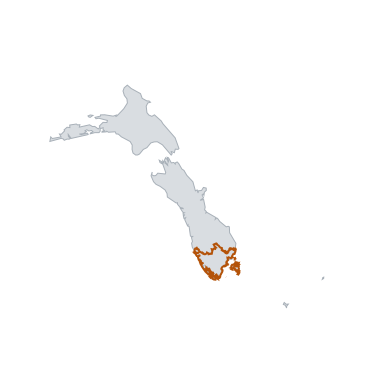 location of Southland District, Southland, New Zealand, rotated 287°
{"feature_id": "76426892B99609638104575", "entity_name": "Southland District", "entity_type": "district", "adm_level": 2, "iso_a3": "NZL", "parent_name": "New Zealand", "parent_adm1": "Southland", "projection": "equal_earth", "projection_center": [167.626, -45.773], "detail": "fine", "context": "in_parent", "style": "outline", "palette": "amber", "viewbox_px": 384, "rotation_deg": 287, "n_neighbors": 0, "source": "geoboundaries", "source_scale": "gbopen_adm2", "svg_char_len": 9348}
<svg xmlns="http://www.w3.org/2000/svg" viewBox="0 0 384 384"><g transform="rotate(287 192 192)"><path d="M201.4,161.1L202.9,161.2L209.7,156.2L212.5,155.1L213.2,154.9L211.7,156.5L212.0,157.6L210.3,161.0L211.6,160.4L212.5,158.1L213.4,157.6L213.1,156.2L217.0,156.7L215.6,159.1L213.5,160.5L214.8,160.6L217.9,158.1L217.8,159.6L213.8,163.7L214.9,166.0L213.8,167.8L215.0,167.6L216.4,169.0L215.4,170.9L211.0,175.6L210.3,178.0L206.4,182.2L202.0,189.9L194.1,194.9L195.5,196.3L192.8,198.1L195.0,197.8L196.3,200.7L199.7,201.6L199.9,204.4L197.7,205.2L195.5,203.9L192.3,204.4L193.4,203.3L192.1,202.5L189.7,204.8L186.4,202.1L188.2,205.3L181.4,209.0L178.6,209.3L177.6,211.3L176.0,211.4L176.9,212.1L174.6,222.2L172.7,222.2L174.4,223.3L174.1,224.3L171.9,227.2L168.7,234.9L169.8,236.6L169.6,237.9L164.0,239.9L155.7,249.0L148.3,250.3L144.2,249.2L139.3,249.9L138.5,247.3L136.9,245.9L132.5,246.0L130.5,243.2L128.7,242.4L126.6,244.0L119.8,243.7L118.5,243.3L118.3,242.2L120.9,239.3L118.5,240.9L117.5,240.7L118.5,239.4L118.3,238.2L115.5,239.4L115.7,236.9L121.9,235.3L119.5,235.1L119.3,234.2L121.8,232.4L118.5,232.6L119.1,230.4L120.9,230.3L120.2,228.7L123.9,230.4L123.4,228.9L124.8,228.4L122.3,227.3L122.2,225.7L123.5,224.5L125.2,225.0L124.0,223.6L127.1,220.8L127.8,222.9L128.0,219.8L131.9,216.9L133.4,218.1L132.8,215.4L139.3,208.4L142.9,206.6L144.9,206.9L148.3,204.8L149.7,205.6L149.2,204.0L149.6,203.3L158.2,199.3L158.2,198.0L159.2,197.8L158.5,197.5L163.5,193.1L165.5,193.4L164.3,192.1L166.3,190.9L168.3,191.8L167.2,190.5L169.0,189.7L169.9,190.8L170.0,189.1L173.0,185.6L173.5,188.4L173.9,188.0L173.8,185.2L175.9,181.9L177.5,181.2L176.8,180.2L180.0,169.9L183.2,168.6L186.1,165.6L188.1,159.8L188.8,155.4L190.6,152.2L195.5,148.1L199.5,148.1L196.7,148.5L196.3,150.7L197.1,152.5L200.0,153.8L201.4,161.1ZM202.3,42.7L206.4,50.7L208.7,48.3L209.0,50.1L213.2,52.3L214.0,51.5L217.4,53.6L217.9,56.4L220.3,55.5L223.2,61.5L222.7,63.0L223.6,65.1L221.1,65.3L226.3,74.4L225.5,77.7L226.3,79.8L224.9,83.9L227.1,85.1L228.0,84.1L232.6,86.6L233.6,90.3L235.7,90.2L235.3,81.2L234.0,78.8L235.0,77.4L237.8,82.2L239.0,82.0L240.3,85.9L241.5,94.4L243.3,97.0L242.3,96.6L242.0,97.3L243.0,98.1L251.6,102.4L258.2,104.2L262.1,102.5L264.5,99.1L268.4,96.5L271.9,96.7L275.3,98.9L273.2,103.6L271.0,114.0L267.0,117.0L265.9,122.2L266.5,124.3L265.7,126.0L264.2,123.7L260.7,123.1L254.7,125.7L253.0,128.2L252.6,131.5L254.8,133.5L250.9,141.9L248.8,144.2L238.9,160.0L229.8,166.8L228.7,166.2L228.1,163.5L224.4,163.6L224.7,160.5L224.3,160.2L222.8,161.9L221.2,161.3L228.5,149.9L229.9,144.1L228.8,141.1L226.9,138.3L221.2,135.9L218.5,133.0L213.0,130.7L211.5,129.2L210.9,127.3L212.0,124.2L215.1,122.3L219.4,121.1L222.2,118.1L224.1,108.3L225.8,104.7L225.4,102.5L227.1,100.9L224.7,94.6L225.2,92.7L224.4,92.4L222.9,88.4L223.9,88.3L224.9,90.5L225.9,88.6L227.5,88.2L225.7,85.7L223.2,86.4L221.6,85.7L220.4,81.8L217.9,77.7L218.7,77.6L220.7,79.6L221.5,78.0L220.2,75.6L220.8,73.2L219.2,71.8L218.9,73.4L216.1,71.1L214.5,67.3L214.5,69.3L217.7,74.8L216.8,75.9L216.2,75.3L207.9,60.8L210.9,56.8L209.1,57.5L207.5,60.0L206.6,59.0L206.1,57.1L204.1,54.7L205.1,53.3L205.1,51.3L198.8,41.3L203.4,40.8L202.3,42.7ZM134.0,251.3L136.3,254.7L135.0,254.4L135.0,255.2L137.5,255.9L137.5,257.4L128.5,260.4L132.0,254.7L131.8,251.4L134.0,251.3ZM112.2,314.9L113.0,316.9L110.2,315.9L108.7,316.4L110.9,314.4L111.2,312.2L113.3,312.5L112.2,314.9ZM235.9,72.1L236.3,74.9L233.6,72.8L233.6,71.3L234.3,70.3L235.9,72.1ZM212.1,154.0L210.3,155.0L210.8,152.8L212.8,151.4L212.1,154.0ZM118.7,234.4L118.5,235.6L116.0,235.1L117.9,233.7L118.7,234.4ZM148.4,342.1L149.1,342.9L147.8,343.2L146.5,342.1L148.4,342.1ZM121.6,226.6L122.2,228.6L120.5,227.6L121.6,226.6Z" fill="#d9dde1" stroke="#a8b0b8" stroke-width="1"/><path d="M135.3,211.3L136.1,211.9L135.7,212.6L134.5,212.5L134.8,213.4L135.3,213.9L135.6,215.7L135.3,215.5L134.6,212.7L134.4,213.3L133.7,213.5L132.2,215.3L132.3,217.0L133.5,217.4L133.7,218.4L133.0,217.4L132.1,217.1L131.8,216.5L131.4,216.7L129.9,217.7L130.3,218.4L129.7,218.0L129.0,218.4L129.0,219.0L129.7,219.5L129.9,220.0L129.4,219.3L128.6,219.2L128.1,219.5L128.8,220.4L128.2,221.2L128.6,221.7L128.1,221.1L128.7,220.3L128.1,219.9L127.5,219.9L126.4,220.7L127.0,222.5L126.7,222.5L127.5,223.4L127.1,223.2L126.7,223.6L127.0,223.0L126.4,222.7L126.6,222.1L126.0,221.1L125.3,221.5L124.7,222.3L124.9,222.4L123.7,223.2L121.5,225.9L121.8,226.4L121.5,226.8L122.0,228.2L124.0,227.7L123.7,228.2L124.3,228.9L123.4,228.3L122.0,228.8L123.3,230.0L123.7,230.9L123.4,231.2L122.6,232.0L123.3,230.7L122.3,229.5L122.1,230.5L120.8,230.6L122.1,230.2L121.9,229.7L122.2,229.4L121.5,228.9L120.6,229.3L121.2,228.9L119.9,228.2L119.3,229.0L118.2,231.4L118.2,231.6L118.5,231.8L118.4,231.9L117.9,231.9L117.7,233.1L118.6,233.1L120.2,232.6L120.2,232.2L122.1,231.6L120.4,232.6L121.8,232.7L121.7,232.9L120.2,232.7L118.5,233.4L118.5,234.5L121.5,233.6L121.1,234.0L118.7,234.6L118.5,235.6L119.7,235.2L121.1,235.5L121.3,235.0L121.2,235.4L121.7,235.4L120.4,235.7L119.8,236.2L120.1,236.2L120.1,236.3L119.1,236.1L116.5,237.0L116.8,236.7L115.0,237.0L114.7,238.5L115.0,240.0L116.8,239.5L117.9,237.9L118.2,237.7L117.5,239.2L119.0,239.1L119.0,239.5L117.1,239.8L117.0,240.9L116.7,240.6L116.5,241.5L117.0,241.0L117.4,241.4L117.8,240.9L118.0,241.1L117.9,240.9L118.5,240.3L118.1,240.9L118.3,241.3L118.6,240.7L118.6,241.0L119.0,240.9L118.6,240.3L119.1,239.7L120.0,239.5L120.9,238.8L120.1,239.7L119.1,240.0L119.2,240.8L118.6,241.1L118.6,241.5L118.4,241.2L118.3,241.8L117.1,242.4L117.1,242.5L117.7,243.4L119.2,243.8L120.3,243.4L124.7,244.3L126.2,244.1L126.5,243.7L126.4,243.2L127.0,242.5L128.5,242.6L131.0,244.4L131.1,244.9L130.6,245.3L131.8,246.4L132.4,246.0L133.1,246.4L133.0,246.0L133.4,245.8L135.0,246.3L134.0,245.6L133.9,245.3L133.9,245.1L134.0,245.4L134.8,245.4L134.7,245.8L135.8,245.6L137.5,246.4L137.7,246.0L139.1,245.3L139.0,245.7L139.4,245.9L140.2,246.0L140.1,248.6L141.3,249.8L142.0,249.6L141.6,249.7L141.8,249.6L141.4,249.1L142.1,249.0L144.5,249.5L145.2,250.8L147.9,250.9L148.9,250.5L148.7,250.4L148.7,249.8L149.2,250.2L148.9,250.6L149.6,250.8L150.3,250.4L150.6,250.1L150.4,249.6L149.5,249.1L150.2,248.4L149.3,248.0L149.2,247.5L149.6,247.2L149.6,246.6L148.8,246.1L149.5,245.3L149.4,244.8L148.8,244.4L147.6,244.9L147.1,244.3L146.0,244.3L146.0,244.0L144.6,244.0L144.2,243.9L144.6,243.1L143.4,242.9L143.4,242.1L144.7,241.9L145.0,241.5L144.7,241.4L144.9,241.0L144.2,240.6L144.5,239.8L145.0,239.8L144.7,238.9L145.2,238.5L144.9,238.0L145.2,237.3L146.4,237.3L146.8,236.7L147.2,236.7L147.1,235.6L147.5,234.5L148.5,233.2L149.1,231.0L149.8,230.8L149.9,230.2L148.1,228.1L146.7,229.5L145.8,231.2L145.4,230.7L144.4,230.8L144.4,229.6L143.3,229.2L143.1,227.6L141.4,228.7L138.7,229.0L138.2,227.7L138.4,227.3L137.8,226.9L137.3,226.0L138.2,225.4L138.5,224.0L137.6,224.0L136.8,223.3L136.2,222.6L136.1,221.6L136.2,220.8L136.7,220.8L137.2,219.4L136.7,219.0L137.6,216.1L138.3,215.3L138.9,215.3L139.3,214.1L139.1,213.8L139.8,213.1L139.3,212.9L139.5,212.7L139.0,212.5L139.0,211.7L138.2,211.4L136.6,211.7L135.3,211.3ZM132.9,251.2L131.0,251.6L130.7,253.0L131.4,253.8L131.6,255.0L130.4,255.9L130.7,256.3L130.6,256.8L130.8,256.8L130.9,257.0L131.1,257.0L129.7,256.9L129.0,257.7L129.4,258.1L128.9,258.8L129.2,258.9L127.8,259.7L127.7,260.7L128.7,260.9L129.4,260.2L129.7,260.3L129.6,260.6L130.1,260.5L130.1,259.8L129.7,260.2L129.1,260.2L128.9,260.0L130.0,259.6L129.5,259.4L130.4,259.4L130.2,258.9L130.7,258.7L131.0,259.2L132.2,259.4L133.9,258.3L134.3,258.4L134.3,258.1L136.2,258.2L135.4,257.8L135.4,257.7L135.2,257.5L135.4,257.5L135.4,257.8L136.3,258.2L136.3,257.5L137.3,257.8L136.4,257.3L136.7,257.2L136.5,256.9L136.7,257.0L136.9,257.3L137.1,257.3L137.0,256.7L137.4,256.5L136.7,255.8L136.9,255.0L136.2,256.1L135.4,256.1L136.1,255.6L134.8,255.5L134.7,255.0L134.3,255.1L134.0,255.5L133.1,256.0L134.2,255.1L133.8,254.4L134.5,254.6L134.4,254.2L134.6,254.1L134.9,254.6L134.7,254.7L135.1,255.0L135.4,254.6L136.3,254.8L136.6,254.6L136.1,254.6L136.3,254.0L135.5,253.9L135.6,253.5L134.6,252.9L134.2,251.7L132.9,251.2ZM117.8,233.5L116.6,233.7L116.2,234.3L116.0,233.9L114.9,235.8L116.1,234.8L116.2,234.3L116.3,234.8L116.6,235.0L116.1,235.1L116.6,235.1L116.4,235.4L117.0,235.7L116.6,235.7L116.7,236.0L117.4,235.8L117.4,235.4L117.6,236.0L117.9,235.9L118.4,235.1L118.3,233.9L117.8,233.5ZM121.4,226.1L120.2,227.6L121.8,228.6L121.2,227.0L121.4,226.1ZM129.7,252.2L129.6,252.9L130.3,252.8L130.2,252.5L129.7,252.2ZM141.2,252.0L140.5,252.3L140.8,252.5L140.4,252.6L140.9,253.0L141.3,252.6L141.2,252.0ZM127.4,259.9L126.9,260.0L126.7,260.4L127.0,260.5L127.4,259.9ZM131.1,259.3L130.6,259.3L130.8,259.6L131.1,259.3ZM136.4,255.2L135.9,255.1L136.5,255.2L136.4,255.2ZM137.6,254.9L137.5,254.7L137.4,254.9L137.6,254.9ZM130.4,259.7L130.2,259.8L130.4,259.9L130.4,259.7ZM127.0,259.8L126.7,259.7L126.7,259.8L127.0,259.8ZM130.5,259.7L130.4,259.5L130.5,259.7ZM132.7,247.4L132.4,247.4L132.7,247.5L132.7,247.4ZM127.1,258.7L127.0,258.8L127.1,258.7ZM130.5,255.6L130.3,255.5L130.4,255.8L130.5,255.6ZM120.6,249.5L120.7,249.4L120.6,249.5ZM141.8,252.6L141.6,252.5L141.8,252.6ZM130.5,255.4L130.4,255.3L130.5,255.4ZM136.5,254.9L136.4,254.8L136.5,254.9ZM137.3,253.7L137.2,253.5L137.3,253.7L137.3,253.7ZM136.5,258.3L136.4,258.3L136.5,258.3L136.5,258.3ZM131.0,251.5L130.9,251.4L130.9,251.5L131.0,251.5ZM127.5,259.8L127.4,259.8L127.5,259.8ZM128.6,258.4L128.5,258.5L128.6,258.4ZM137.3,257.4L137.2,257.5L137.4,257.5L137.3,257.4Z" fill="none" stroke="#b45309" stroke-width="2"/></g></svg>